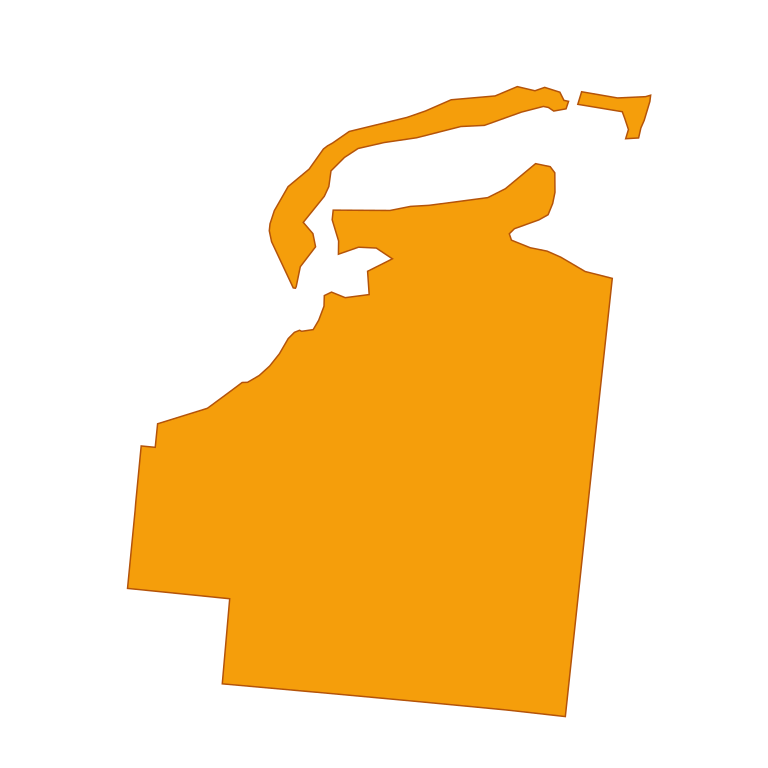 the district of Lee, Florida, United States of America, rotated 96°
{"feature_id": "52423323B55479715593619", "entity_name": "Lee", "entity_type": "district", "adm_level": 2, "iso_a3": "USA", "parent_name": "United States of America", "parent_adm1": "Florida", "projection": "mercator", "projection_center": [-82.071, 26.553], "detail": "fine", "context": "isolated", "style": "filled", "palette": "amber", "viewbox_px": 768, "rotation_deg": 96, "n_neighbors": 0, "source": "geoboundaries", "source_scale": "gbopen_adm2", "svg_char_len": 1600}
<svg xmlns="http://www.w3.org/2000/svg" viewBox="0 0 768 768"><g transform="rotate(96 384 384)"><path d="M255.1,168.0L251.1,195.7L239.4,221.4L234.8,235.7L233.2,252.8L228.8,268.2L227.6,272.3L221.5,275.1L215.9,270.5L204.6,247.1L198.5,238.5L186.8,235.1L175.5,234.0L156.1,236.2L150.5,241.4L149.0,256.3L177.1,283.7L187.8,300.3L201.6,357.9L204.6,376.2L210.8,396.2L216.4,452.7L226.1,452.7L246.5,444.1L259.7,442.9L250.6,423.6L249.6,405.9L257.9,390.1L258.6,388.7L273.3,411.6L273.6,412.1L296.6,408.1L302.2,431.6L298.1,445.8L302.3,452.6L312.9,451.8L327.4,455.6L337.3,460.1L340.2,471.4L339.4,473.6L342.0,478.5L348.8,484.0L364.9,491.2L378.1,499.6L388.6,509.0L396.6,519.9L397.3,525.2L409.8,538.7L426.6,557.1L447.2,605.0L470.9,604.9L471.0,619.0L528.4,618.5L535.7,618.3L614.1,617.7L613.7,515.0L699.1,513.5L697.7,423.5L697.6,418.4L696.5,337.1L695.4,228.6L695.8,168.9L371.4,168.4L371.2,168.4L255.1,168.0ZM75.4,239.6L72.2,255.2L76.6,264.5L74.3,282.5L85.9,303.6L94.3,346.9L108.1,371.2L116.5,389.1L136.5,445.0L149.7,460.3L153.0,465.0L156.6,468.8L178.1,480.9L197.7,500.0L223.1,511.2L236.6,514.1L243.6,514.1L254.2,510.7L297.9,484.3L298.0,482.1L296.4,481.5L276.1,479.5L254.7,466.4L241.9,470.4L231.7,481.2L203.6,463.0L193.4,459.5L177.6,459.0L162.8,447.0L152.5,434.4L143.9,409.3L135.7,377.3L119.9,334.5L116.3,311.2L99.3,275.9L91.3,254.5L91.8,249.4L94.8,243.7L91.3,231.7L83.6,230.0L83.1,234.7L75.4,239.6ZM68.9,149.0L70.9,153.9L75.1,181.6L72.7,218.0L85.6,220.5L88.3,175.5L95.0,172.2L105.4,167.5L114.8,169.3L112.7,156.5L102.5,155.3L94.7,152.8L75.2,149.1L68.9,149.0Z" fill="#f59e0b" stroke="#b45309" stroke-width="1.5"/></g></svg>